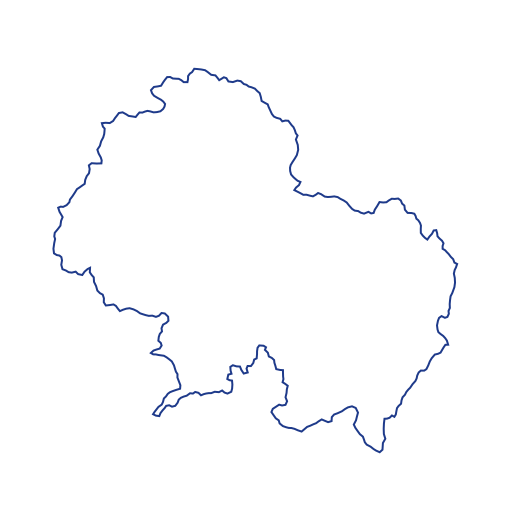 the district of Itabira, Minas Gerais, Brazil, rotated 188°
{"feature_id": "56859067B16136879944299", "entity_name": "Itabira", "entity_type": "district", "adm_level": 2, "iso_a3": "BRA", "parent_name": "Brazil", "parent_adm1": "Minas Gerais", "projection": "robinson", "projection_center": [-43.301, -19.603], "detail": "fine", "context": "isolated", "style": "outline", "palette": "blue", "viewbox_px": 512, "rotation_deg": 188, "n_neighbors": 0, "source": "geoboundaries", "source_scale": "gbopen_adm2", "svg_char_len": 6026}
<svg xmlns="http://www.w3.org/2000/svg" viewBox="0 0 512 512"><g transform="rotate(188 256 256)"><path d="M414.8,373.0L416.3,369.8L419.3,367.3L423.5,367.0L427.1,366.1L425.6,362.8L423.6,361.1L423.4,358.4L423.3,355.6L423.8,352.2L425.3,348.0L425.9,343.4L427.9,339.2L426.1,335.6L423.4,332.0L422.1,329.2L422.0,326.2L426.6,325.4L431.7,325.0L434.1,322.5L432.8,318.9L432.9,314.7L434.7,311.6L435.7,307.7L435.7,303.6L437.7,301.8L440.2,299.4L442.6,297.3L444.2,293.6L446.1,289.6L448.1,286.0L448.3,283.3L450.6,280.0L453.8,277.8L456.3,277.7L458.6,276.3L456.7,272.4L454.7,269.9L452.9,267.6L453.9,263.7L453.9,258.8L456.2,254.7L458.5,251.0L458.5,247.4L457.3,244.9L457.6,240.8L457.6,235.0L456.4,230.5L453.4,229.2L450.7,229.1L448.6,227.8L447.5,224.7L447.6,220.2L445.8,216.0L442.3,215.2L439.3,213.9L436.1,213.9L432.4,215.4L429.6,213.3L425.4,213.0L423.6,216.6L421.0,219.6L418.7,221.2L418.3,216.7L416.0,214.2L413.7,212.3L412.8,207.8L410.2,204.0L408.3,199.7L405.4,197.5L402.4,196.4L400.7,192.9L400.3,189.0L397.8,186.1L393.9,187.1L390.4,188.2L387.8,187.1L385.4,184.6L383.1,182.5L380.2,184.3L377.1,185.8L373.9,186.7L369.9,186.1L366.2,184.9L362.8,183.1L359.5,182.5L357.0,182.1L353.8,181.8L350.4,182.5L346.6,181.8L343.8,183.3L341.6,186.4L338.3,186.4L334.6,183.7L333.7,179.7L335.5,177.3L338.5,175.1L339.5,171.3L338.6,168.2L340.4,165.5L341.0,162.3L340.9,158.5L338.2,156.7L337.0,154.2L338.5,150.9L341.4,149.6L344.3,148.1L346.6,145.3L344.1,144.3L341.4,144.6L338.8,144.4L333.3,144.4L330.4,143.2L327.5,141.6L324.7,139.9L322.0,136.3L320.5,133.0L319.2,130.3L317.3,128.1L316.9,124.7L314.9,121.1L312.9,117.5L312.7,114.0L316.2,112.4L319.9,110.5L322.3,109.1L324.2,107.2L325.6,104.4L327.4,102.1L327.8,98.5L328.7,95.7L331.6,93.0L334.7,87.6L335.9,85.0L332.9,84.0L329.5,84.0L328.7,87.2L327.0,90.2L325.3,92.7L324.1,95.1L321.2,96.1L318.2,95.1L315.1,96.4L313.2,99.8L312.5,103.0L310.7,105.1L308.1,106.7L305.2,108.0L302.2,110.9L299.3,111.0L297.3,112.9L293.9,112.5L291.1,110.4L288.4,112.0L286.2,112.9L283.8,113.6L281.2,114.0L278.0,115.8L273.8,116.0L270.8,118.1L268.2,116.4L265.1,115.8L261.6,118.1L261.2,121.4L261.5,125.4L262.4,129.3L264.9,129.3L267.3,130.2L266.9,134.7L263.9,136.0L265.2,138.9L266.0,142.6L263.7,144.6L260.0,144.0L256.5,144.3L254.7,141.2L251.8,137.9L248.0,139.5L249.7,143.2L249.0,145.9L245.7,146.3L243.8,149.7L243.4,153.2L241.1,154.7L241.3,158.8L241.7,161.9L241.7,165.3L240.3,167.9L236.0,168.2L233.4,167.0L234.1,164.3L230.8,161.9L229.3,158.3L226.2,157.3L223.6,155.5L222.9,152.8L221.5,149.9L220.2,146.8L216.3,146.5L213.4,146.7L213.0,144.0L212.4,140.5L211.7,137.9L212.1,134.7L209.6,133.6L206.5,131.9L206.9,128.3L206.7,124.6L207.1,120.2L205.0,116.5L206.1,112.7L209.4,111.6L212.4,112.0L215.0,109.7L218.1,107.0L219.0,103.6L216.6,101.0L213.8,98.0L210.6,96.4L209.3,93.5L205.7,91.3L202.2,90.6L199.5,90.3L197.1,90.6L193.8,90.2L190.2,89.2L186.4,88.5L183.9,91.3L181.6,93.9L178.8,95.4L175.7,97.4L173.2,98.8L171.1,100.9L168.2,103.3L164.9,102.4L161.5,101.5L158.2,103.0L158.5,107.0L156.6,109.9L153.4,111.6L149.3,114.2L146.6,116.8L143.9,118.9L140.0,120.5L136.1,119.4L133.2,115.1L133.7,111.2L134.1,107.2L135.7,102.7L133.7,99.7L131.1,96.9L128.3,94.0L125.0,92.0L123.5,89.2L122.3,86.7L120.1,84.6L115.9,83.1L112.7,81.2L110.0,80.0L106.2,78.9L103.8,81.8L104.0,84.6L104.3,88.5L102.5,93.0L104.6,97.5L105.5,102.7L106.0,107.9L106.1,112.7L103.6,113.2L101.2,114.4L99.2,117.0L96.6,116.0L95.5,118.5L95.4,121.5L95.2,125.0L93.9,127.4L91.8,129.9L91.8,133.3L91.2,136.5L89.2,139.3L88.2,142.3L86.6,144.9L85.0,147.0L83.1,150.9L80.8,154.3L79.9,157.1L79.7,160.1L78.7,163.3L76.8,165.5L73.5,165.9L71.5,167.7L70.2,171.6L69.2,175.8L67.8,179.2L65.2,183.3L62.1,184.5L59.8,186.0L58.5,189.2L57.4,191.8L56.1,194.4L53.4,194.9L55.2,198.8L57.2,201.0L59.5,202.9L62.5,204.5L64.8,206.0L66.0,208.5L67.1,212.5L66.8,217.2L66.1,220.2L63.9,222.3L60.3,221.1L58.0,222.3L57.0,225.6L57.7,228.4L56.8,231.5L57.5,235.4L57.7,239.2L57.7,243.2L56.5,246.6L55.9,249.4L55.2,252.8L55.2,257.3L56.1,261.9L57.6,266.1L57.3,269.8L56.4,272.5L55.7,276.1L58.6,277.1L60.3,280.3L63.0,282.3L65.5,284.8L67.6,286.4L69.5,288.0L72.2,289.1L72.6,291.9L72.1,294.7L73.9,297.0L76.9,299.0L79.0,300.8L79.8,303.8L81.1,306.7L83.6,306.0L84.8,302.5L87.0,299.3L88.6,296.1L91.2,297.5L93.7,299.4L96.0,301.8L96.6,305.7L96.9,309.1L98.2,311.6L100.3,314.0L102.4,315.3L103.5,317.8L105.1,319.9L107.9,320.2L111.9,319.8L115.0,322.6L116.1,326.6L118.6,328.2L120.3,331.1L123.2,332.7L126.6,331.8L129.5,331.6L132.2,329.5L134.3,327.4L137.5,326.7L141.2,326.6L143.0,322.2L144.8,318.4L145.5,315.0L147.9,314.2L150.8,315.4L154.9,313.0L158.4,313.5L161.0,314.7L164.6,314.7L167.4,316.0L170.6,318.7L173.6,321.6L176.9,323.2L180.5,324.4L183.3,325.7L186.8,325.9L190.2,325.0L193.1,324.4L196.2,324.4L200.2,326.3L203.3,327.0L205.3,325.0L207.9,323.0L210.6,323.2L214.5,323.7L217.7,323.2L220.0,324.1L222.5,325.0L227.2,326.6L225.9,329.3L223.3,332.2L222.3,335.5L225.3,336.3L227.4,337.6L229.8,339.2L232.6,341.6L234.0,344.9L234.6,348.2L234.3,350.9L232.9,354.2L231.0,358.2L229.6,361.6L229.0,367.0L230.1,371.8L232.7,376.9L231.6,381.1L233.6,383.0L235.1,386.1L236.8,388.8L238.8,390.4L240.8,392.4L242.8,394.4L245.8,394.2L248.7,393.0L251.1,395.2L255.0,395.7L257.7,396.6L260.0,398.8L262.0,401.9L264.2,405.3L265.5,407.8L268.5,408.9L272.0,410.3L273.4,414.3L275.0,417.8L277.7,419.5L280.4,421.6L284.1,422.5L286.8,422.8L289.2,424.2L292.0,424.6L295.4,427.0L298.9,427.1L303.1,425.0L307.6,425.0L310.1,428.0L312.7,428.5L314.7,426.8L316.9,425.0L319.0,427.1L321.3,429.2L325.6,429.2L329.5,431.5L332.3,432.9L336.2,433.1L339.6,433.0L343.2,432.8L344.9,429.2L346.9,427.4L348.3,424.7L347.9,421.7L348.1,418.6L351.8,418.1L354.4,419.7L357.1,420.7L360.3,420.4L363.1,420.2L365.9,421.3L368.9,420.8L370.7,417.8L372.0,415.3L373.7,411.4L376.8,410.3L380.6,409.2L383.1,405.6L381.5,402.6L379.3,400.5L375.3,398.8L371.8,397.5L369.3,396.0L367.2,393.9L367.4,391.2L368.4,388.7L370.8,386.0L374.2,384.7L377.4,384.0L381.0,384.5L383.7,384.6L386.0,383.6L388.5,382.2L391.4,381.9L392.9,379.6L394.5,376.9L398.0,377.0L401.6,377.0L404.1,378.2L408.1,379.7L411.7,378.5L413.2,375.7L414.8,373.0Z" fill="none" stroke="#1e3a8a" stroke-width="2"/></g></svg>